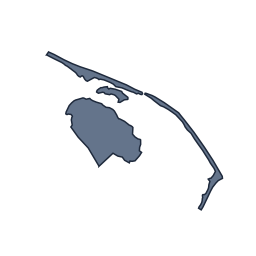 outline of Dare, North Carolina, United States of America, rotated 317°
{"feature_id": "52423323B7185899041346", "entity_name": "Dare", "entity_type": "district", "adm_level": 2, "iso_a3": "USA", "parent_name": "United States of America", "parent_adm1": "North Carolina", "projection": "albers", "projection_center": [-75.69, 35.708], "detail": "fine", "context": "isolated", "style": "filled", "palette": "slate", "viewbox_px": 256, "rotation_deg": 317, "n_neighbors": 0, "source": "geoboundaries", "source_scale": "gbopen_adm2", "svg_char_len": 2562}
<svg xmlns="http://www.w3.org/2000/svg" viewBox="0 0 256 256"><g transform="rotate(317 128 128)"><path d="M105.2,154.4L106.9,153.5L108.3,155.2L110.8,156.8L117.6,156.1L121.3,155.1L120.8,152.4L123.4,150.0L126.1,148.6L129.1,145.3L129.1,144.7L127.8,142.7L127.0,139.2L127.1,135.6L131.9,131.0L132.0,130.1L131.6,128.1L130.9,126.8L130.0,120.8L128.1,115.6L127.5,114.9L127.7,113.3L128.6,110.7L129.6,106.4L129.5,104.0L128.3,100.5L126.0,97.8L125.2,93.8L125.3,92.3L122.5,87.5L120.8,83.9L120.2,81.8L120.2,80.3L117.0,78.4L116.3,76.4L115.6,75.3L108.7,71.8L106.9,71.3L103.7,71.2L100.3,71.5L93.7,74.1L92.2,75.2L92.2,76.0L92.8,76.7L93.8,77.0L95.6,79.3L95.5,81.0L95.1,81.7L94.4,81.8L92.1,83.4L89.5,87.4L88.9,87.9L86.9,88.3L85.3,100.9L85.3,115.4L80.8,136.0L80.6,136.2L99.8,136.2L101.4,141.6L104.0,145.4L103.5,149.3L105.2,154.4ZM124.9,234.8L125.7,237.8L129.2,236.8L138.9,233.0L145.2,230.5L149.6,229.0L154.7,228.2L158.1,228.0L160.8,228.7L162.7,229.3L164.0,227.6L168.1,209.5L170.7,194.5L173.3,176.0L174.7,160.5L175.1,154.6L175.4,151.4L171.8,134.2L168.9,123.7L167.8,120.7L165.0,115.2L164.3,114.3L163.3,114.7L165.3,122.2L165.6,125.2L167.0,133.8L168.5,136.8L170.1,141.8L171.1,146.3L172.0,150.9L172.0,160.6L171.4,163.6L170.5,166.3L170.1,169.9L170.3,172.2L170.5,174.9L169.2,181.3L168.3,187.6L167.3,195.4L166.3,200.5L165.3,206.1L164.3,209.9L163.4,216.2L162.3,219.4L158.0,220.9L154.4,221.3L153.8,220.8L151.8,220.1L151.7,220.7L151.6,221.9L151.5,222.9L148.7,224.5L146.1,226.7L144.3,227.6L140.3,229.0L138.4,228.8L137.3,227.8L136.9,227.8L136.3,228.2L135.1,229.9L134.3,230.3L132.6,231.8L131.1,232.8L128.3,233.8L126.4,234.1L124.9,234.8ZM118.2,19.0L118.4,19.2L119.6,22.6L121.2,27.0L124.2,34.8L124.8,37.3L125.0,39.5L125.7,41.4L127.4,51.0L127.5,52.7L127.1,55.1L127.3,56.9L127.9,58.2L129.6,58.3L130.3,58.9L130.4,60.0L129.7,62.4L129.6,64.6L130.2,66.1L137.8,68.1L139.0,69.9L139.6,71.3L139.8,72.8L140.9,73.2L143.2,76.4L145.0,80.2L146.1,82.6L147.2,85.9L147.3,89.4L151.0,94.6L153.1,99.3L155.3,103.9L156.4,105.6L157.5,108.9L159.4,109.8L160.0,111.8L160.9,113.0L162.0,112.9L162.6,111.4L161.6,109.3L159.3,104.1L156.3,95.5L141.2,62.5L134.7,50.5L131.1,42.9L127.7,34.4L124.1,23.8L121.9,18.6L121.8,18.2L118.2,19.0ZM129.6,80.2L129.6,80.7L130.1,82.4L133.8,84.5L134.7,85.8L134.6,87.4L137.3,91.1L138.8,91.5L140.4,94.1L140.9,95.6L141.0,100.7L138.4,102.4L139.6,103.8L144.6,104.9L147.1,106.8L147.7,106.8L148.8,105.5L147.8,98.8L148.3,96.9L145.0,90.8L142.1,86.8L140.6,86.4L140.5,84.4L141.1,83.7L138.4,81.7L136.5,80.8L135.7,80.0L133.3,79.5L131.1,79.4L129.6,80.2Z" fill="#64748b" stroke="#1e293b" stroke-width="1.5"/></g></svg>